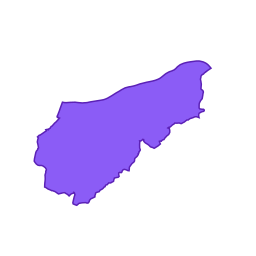 Pojejena, Caras-Severin, Romania (Mercator projection), rotated 155°
{"feature_id": "2599482B98015240741621", "entity_name": "Pojejena", "entity_type": "district", "adm_level": 2, "iso_a3": "ROU", "parent_name": "Romania", "parent_adm1": "Caras-Severin", "projection": "mercator", "projection_center": [21.532, 44.807], "detail": "fine", "context": "isolated", "style": "filled", "palette": "violet", "viewbox_px": 256, "rotation_deg": 155, "n_neighbors": 0, "source": "geoboundaries", "source_scale": "gbopen_adm2", "svg_char_len": 4793}
<svg xmlns="http://www.w3.org/2000/svg" viewBox="0 0 256 256"><g transform="rotate(155 128 128)"><path d="M228.5,109.7L227.7,108.9L226.3,106.5L224.5,104.6L223.6,103.4L222.8,103.1L222.4,102.6L221.9,102.1L221.4,101.6L220.9,101.1L220.4,100.2L219.9,99.3L219.4,98.5L218.9,97.6L214.1,96.7L212.7,96.1L212.2,95.3L211.7,94.5L211.1,93.7L210.6,92.9L210.4,91.8L210.0,91.3L208.1,92.1L206.7,92.3L205.3,92.0L204.3,92.6L204.0,91.9L204.3,90.0L205.8,88.4L206.2,87.9L207.0,86.9L207.8,85.9L209.4,83.8L209.6,83.5L209.8,82.4L208.0,80.4L207.1,79.6L204.2,80.4L201.2,79.6L198.0,78.3L196.8,77.2L195.7,76.9L194.4,77.6L193.3,78.8L191.6,79.5L190.4,79.5L189.3,79.5L188.1,79.5L187.0,79.6L186.9,80.4L185.6,81.6L184.9,82.7L183.7,82.9L181.0,82.5L179.7,83.4L176.9,83.6L176.3,83.8L175.7,84.0L175.1,84.3L174.5,84.6L173.6,84.5L172.7,85.4L171.8,85.7L170.7,85.4L169.4,86.1L168.6,86.4L168.2,86.1L167.7,85.9L167.2,85.7L166.8,85.5L166.2,85.7L165.6,85.7L165.0,85.7L164.4,85.7L163.5,85.9L162.9,86.9L162.6,87.2L162.2,87.6L161.8,88.0L161.5,88.4L159.1,87.9L157.8,87.5L156.5,87.9L156.3,88.7L156.1,89.6L155.8,90.4L155.4,91.2L154.3,91.3L153.1,90.4L152.4,90.5L151.9,91.0L151.5,91.4L151.0,91.8L150.5,92.1L149.0,92.2L148.6,91.9L148.2,91.6L147.8,91.3L147.5,91.0L147.1,90.6L146.8,90.3L146.5,89.9L146.2,89.5L145.1,88.8L144.5,89.7L143.3,91.9L142.3,92.5L141.2,93.1L140.2,93.7L139.1,94.2L137.2,94.6L136.1,95.3L134.8,97.5L133.6,97.9L131.9,98.4L130.7,99.1L129.8,99.7L129.6,100.5L128.6,100.8L128.0,101.9L126.6,102.4L126.0,103.4L125.9,104.9L125.7,105.4L125.1,106.7L124.6,107.9L123.9,109.2L123.2,110.4L122.9,111.4L122.2,110.9L120.6,110.9L119.6,111.5L118.7,110.9L119.3,109.1L118.6,107.2L117.0,104.8L116.3,103.5L115.6,101.4L115.2,101.1L114.9,100.8L114.5,100.4L114.1,100.1L113.8,99.8L113.5,99.4L113.2,99.0L112.9,98.6L112.2,98.6L108.2,99.1L105.4,99.9L105.4,101.7L105.2,102.7L104.2,102.5L103.4,101.9L102.9,102.2L102.5,102.4L102.0,102.5L101.5,102.6L100.4,102.3L98.5,103.5L97.9,103.7L97.3,103.9L96.7,104.2L96.2,104.4L93.9,104.9L92.0,106.4L91.2,108.1L90.7,110.3L91.6,110.8L91.9,111.2L91.0,111.4L89.2,111.1L86.2,112.1L84.8,112.1L83.6,112.7L82.6,112.2L81.6,111.7L80.5,111.3L79.4,110.9L78.4,109.8L77.6,109.4L76.9,109.5L76.1,109.6L75.3,109.6L74.5,109.6L71.3,110.4L69.9,109.8L69.5,110.0L69.0,110.1L68.4,110.2L67.9,110.3L67.7,110.3L64.8,109.9L62.6,109.9L60.9,109.1L59.2,107.4L59.1,108.1L58.9,108.8L58.6,109.5L58.3,110.2L57.3,111.3L55.4,111.5L54.8,111.5L54.2,111.5L53.6,111.4L53.0,111.3L52.4,111.1L51.6,111.5L51.3,112.1L51.6,113.0L52.4,113.4L53.3,113.9L54.0,114.4L54.8,114.9L55.1,116.1L53.4,119.6L52.6,120.6L50.5,122.2L48.4,123.2L47.7,124.2L47.0,125.2L46.3,126.2L45.7,127.2L44.5,128.7L44.3,129.8L44.5,130.6L44.8,131.2L45.1,131.9L45.4,132.6L44.8,133.6L44.2,134.7L43.6,135.7L43.0,136.8L42.7,138.0L42.3,139.2L42.0,140.5L41.7,141.7L40.6,143.0L40.3,143.7L39.7,144.3L39.1,144.6L38.9,144.8L38.3,144.9L37.7,145.1L37.4,145.0L36.8,145.0L36.6,145.1L36.4,145.2L35.8,145.5L35.4,145.6L35.1,145.7L34.7,145.8L34.3,145.8L33.9,146.1L33.7,146.0L33.1,146.0L32.5,146.2L32.4,146.3L32.2,146.4L31.9,146.4L31.4,146.5L27.5,147.1L27.9,148.7L28.7,151.3L29.6,153.2L30.7,154.7L32.0,156.2L34.8,158.4L35.9,159.0L38.0,159.9L39.9,160.5L43.7,161.7L46.6,162.5L49.7,163.1L51.1,163.2L54.0,163.3L57.3,162.6L59.5,161.7L60.7,161.4L62.0,161.1L62.4,161.2L64.2,161.2L66.7,161.5L67.4,161.5L70.2,161.3L71.0,161.2L73.5,160.6L76.7,159.8L78.5,159.5L80.4,159.5L83.2,159.7L86.0,160.2L89.0,160.9L91.8,161.6L97.0,162.6L98.4,162.9L101.6,163.2L103.3,163.4L105.6,163.8L108.2,164.4L109.4,164.8L110.3,165.0L113.7,165.6L117.9,165.4L120.0,165.1L123.9,164.8L129.2,164.1L133.8,163.7L135.3,163.7L136.8,163.8L138.3,164.0L140.7,164.6L150.8,167.5L151.7,167.7L152.5,167.9L153.9,168.2L155.7,168.8L156.3,169.1L158.8,170.0L162.6,172.2L165.0,173.7L166.6,174.4L169.9,175.8L173.3,177.1L175.2,178.1L175.4,178.3L176.5,179.1L181.6,174.0L183.0,172.5L184.6,171.0L185.2,170.4L186.0,169.6L187.0,168.8L187.3,168.6L187.0,167.9L187.5,167.6L187.3,167.2L187.2,167.2L185.9,165.9L186.6,165.6L190.7,163.9L192.2,163.5L192.3,163.5L192.8,163.3L193.3,163.0L193.7,162.9L193.8,162.9L195.8,161.9L196.8,161.9L197.2,161.7L197.6,161.5L198.0,161.3L198.3,161.0L198.7,160.7L200.1,160.7L200.5,160.4L200.8,160.1L201.4,160.8L201.8,160.9L202.3,161.0L202.7,161.1L203.2,161.2L203.0,160.0L210.8,158.7L211.4,159.0L213.8,158.2L213.5,156.9L214.2,156.2L214.9,155.4L215.5,154.5L216.1,153.7L216.4,152.2L216.7,150.8L217.1,149.3L217.5,147.8L218.4,147.5L219.0,146.6L220.9,145.7L222.1,144.5L225.8,139.6L227.0,137.6L226.8,136.1L226.3,134.0L225.3,132.3L223.9,131.3L223.3,131.1L222.6,130.8L222.0,130.4L221.5,130.0L221.0,129.3L220.5,128.5L220.1,127.7L219.7,126.9L219.5,125.0L219.9,124.2L220.8,123.7L221.2,122.6L223.1,120.4L223.4,119.6L223.7,118.7L224.1,117.9L224.4,117.1L225.1,115.8L225.8,114.6L226.5,113.5L227.2,112.3L228.5,109.7Z" fill="#8b5cf6" stroke="#5b21b6" stroke-width="1.5"/></g></svg>